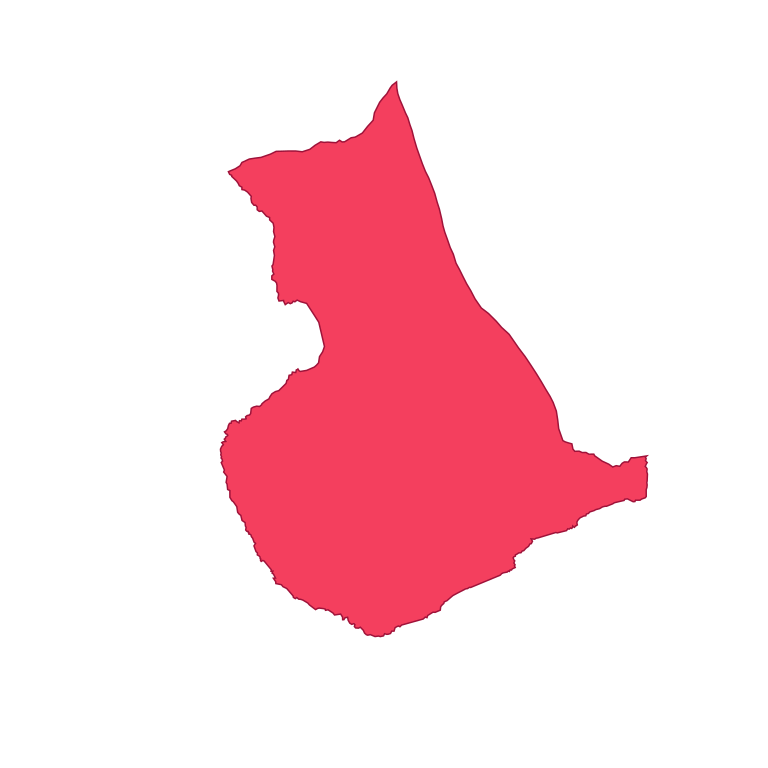 outline of Luba, Bioko Sur, Equatorial Guinea, rotated 317°
{"feature_id": "11065452B69220194361963", "entity_name": "Luba", "entity_type": "district", "adm_level": 2, "iso_a3": "GNQ", "parent_name": "Equatorial Guinea", "parent_adm1": "Bioko Sur", "projection": "mercator", "projection_center": [8.565, 3.411], "detail": "fine", "context": "isolated", "style": "filled", "palette": "rose", "viewbox_px": 768, "rotation_deg": 317, "n_neighbors": 0, "source": "geoboundaries", "source_scale": "gbopen_adm2", "svg_char_len": 5643}
<svg xmlns="http://www.w3.org/2000/svg" viewBox="0 0 768 768"><g transform="rotate(317 384 384)"><path d="M415.0,122.6L414.1,125.4L414.9,127.5L414.2,128.4L414.6,134.8L414.2,137.8L413.4,140.3L414.3,143.1L412.7,144.9L414.3,147.1L415.1,150.6L414.9,156.3L413.3,157.5L411.0,161.0L410.8,164.6L412.1,165.7L412.0,168.0L410.1,170.1L410.5,172.7L412.7,174.2L412.5,181.1L413.9,184.2L412.3,186.0L412.6,190.8L410.3,194.5L407.2,197.2L404.7,201.8L401.3,203.7L399.9,204.9L397.7,209.2L394.3,211.0L391.5,215.3L384.3,221.0L382.5,221.3L380.7,224.5L379.5,225.4L378.4,228.5L375.7,228.4L373.3,231.0L374.5,234.6L374.3,236.8L373.0,238.9L368.8,243.3L368.8,245.4L367.7,246.9L365.1,248.7L363.8,251.7L367.5,254.4L367.0,255.1L365.9,258.6L369.5,259.1L370.2,261.3L372.2,262.0L374.0,261.5L374.9,263.1L377.7,263.4L379.1,266.9L382.4,272.3L379.8,287.0L378.4,294.4L366.0,316.0L361.1,318.6L355.5,320.0L350.6,323.9L347.4,324.2L344.6,324.1L336.7,321.3L331.3,317.7L330.9,316.4L331.3,314.3L330.3,314.3L329.5,313.9L327.3,315.4L325.1,312.8L322.9,314.3L320.5,312.9L317.2,315.4L315.4,315.1L312.8,316.8L302.5,317.1L299.4,315.5L295.4,314.7L291.9,315.5L289.7,316.4L285.5,315.4L281.3,315.2L280.3,315.7L277.7,315.6L275.8,313.4L272.7,311.8L270.3,311.3L266.4,314.6L264.6,315.0L262.3,313.7L260.4,313.6L259.5,315.4L258.2,314.7L256.1,312.8L254.5,313.6L253.3,312.3L251.4,313.5L250.6,310.8L250.6,309.4L247.1,307.2L245.4,308.4L244.2,307.4L242.0,308.2L239.2,310.1L236.6,310.6L234.7,310.2L234.4,312.6L235.1,314.2L234.5,315.2L232.0,314.8L231.1,315.5L229.6,315.4L229.1,318.1L227.0,316.6L225.4,316.2L225.1,318.9L222.9,318.9L220.0,320.1L218.6,321.8L217.9,323.4L216.3,324.5L215.6,326.4L214.4,327.0L214.4,328.3L213.3,330.3L211.4,330.4L208.6,338.1L206.7,339.0L206.2,344.6L201.4,348.3L200.9,350.3L197.7,354.5L198.6,356.8L194.0,361.8L193.2,365.5L193.5,367.5L192.7,373.3L189.5,378.0L189.3,380.1L189.7,382.4L187.1,387.0L187.9,390.6L185.8,393.3L185.3,394.9L183.3,396.4L183.2,398.0L184.1,399.2L183.4,400.1L183.7,400.8L182.8,401.5L183.7,402.9L183.7,403.9L182.9,405.2L182.8,407.1L181.1,411.1L181.4,412.9L178.5,413.7L176.1,419.3L176.3,421.1L174.8,422.6L175.4,424.5L175.3,426.1L174.3,427.3L174.5,428.0L173.3,428.9L173.2,430.0L175.0,430.4L175.6,431.7L174.9,443.0L173.7,443.9L175.1,445.1L173.2,445.9L173.5,447.6L172.3,451.9L170.6,450.6L170.0,454.7L168.8,456.2L172.1,460.8L171.9,463.3L173.4,467.2L173.0,476.9L172.2,478.3L172.8,480.5L174.6,480.7L174.9,483.2L176.3,484.8L177.3,486.7L178.9,492.2L178.8,494.7L180.1,502.3L182.5,502.9L183.8,503.7L186.8,507.3L187.5,508.7L186.9,509.6L189.1,511.0L190.5,516.7L190.3,519.2L195.4,522.7L194.7,526.2L193.0,528.2L193.9,529.0L196.2,528.4L198.3,529.8L196.6,532.5L195.9,535.6L196.5,537.8L198.5,538.7L198.6,540.1L196.9,541.2L196.9,543.1L198.9,545.2L200.8,545.7L200.9,550.0L199.9,552.9L200.1,555.3L200.8,556.6L203.1,558.0L205.2,562.6L208.1,564.6L209.0,566.2L211.9,567.9L214.1,567.0L215.3,569.0L216.5,569.9L218.6,570.9L221.1,570.0L222.8,571.6L225.8,569.8L228.0,570.2L229.7,571.0L230.1,572.4L232.5,572.3L252.4,582.6L255.2,582.6L256.1,584.2L258.1,583.1L264.2,584.3L265.7,585.9L270.9,587.8L273.6,585.5L276.0,585.2L278.0,585.3L279.5,584.4L282.2,585.4L284.7,585.5L285.2,585.5L288.0,585.6L290.1,585.7L293.9,586.7L294.3,586.8L304.0,589.5L305.6,590.6L307.7,590.9L308.6,591.9L338.7,603.1L340.7,602.9L342.5,603.5L345.9,605.6L347.4,605.6L347.9,606.6L349.5,606.0L350.4,607.0L351.8,606.7L354.8,607.7L355.4,605.9L356.5,605.7L356.9,603.5L359.0,602.5L359.1,601.1L359.9,599.2L361.0,598.9L362.6,599.5L363.6,598.6L365.2,599.1L367.3,599.4L369.1,600.8L371.3,600.4L372.5,601.2L375.9,600.9L379.0,601.3L381.5,600.5L382.9,601.2L385.3,600.3L386.0,597.6L388.4,600.3L390.1,600.5L391.5,601.5L408.4,609.8L409.2,611.1L417.5,615.7L419.7,615.2L420.4,616.4L422.2,616.5L422.8,617.7L424.1,617.4L425.2,616.6L425.2,617.7L425.5,618.7L427.4,618.4L428.0,618.8L429.3,618.9L430.0,617.6L431.0,616.5L432.6,615.9L435.3,615.6L436.8,615.7L437.7,616.1L439.9,616.7L441.7,618.0L443.4,617.1L445.2,618.1L447.2,617.9L451.4,619.9L453.2,620.3L456.7,622.2L460.0,622.9L462.2,624.1L463.4,625.2L469.5,627.6L471.6,628.0L480.2,632.9L481.4,632.4L483.7,634.0L485.9,640.0L487.3,641.1L488.7,640.5L492.0,643.6L493.8,643.8L497.6,645.4L499.1,645.1L503.7,640.1L505.8,638.9L507.6,637.3L509.1,635.2L510.2,634.5L515.3,629.5L516.3,627.4L518.5,625.6L518.9,623.9L518.8,622.5L521.5,621.3L522.9,621.0L523.0,618.4L524.8,617.4L525.2,615.8L527.1,615.8L517.0,608.9L514.5,606.5L509.5,607.7L506.6,604.9L504.1,604.4L500.3,605.0L498.1,602.1L494.7,600.7L493.7,595.9L491.0,589.3L489.1,580.2L489.6,578.4L486.0,575.1L485.0,571.8L482.2,569.3L480.9,566.2L477.6,563.3L477.8,560.4L480.6,555.9L478.8,553.0L477.1,550.0L476.2,547.4L481.3,535.8L486.5,528.8L491.6,521.3L495.1,512.9L497.0,506.3L498.7,498.0L500.6,489.7L502.5,480.3L504.1,471.2L505.9,460.2L507.0,449.4L508.5,439.2L509.4,432.9L508.6,422.8L508.9,414.6L508.5,403.7L507.0,394.8L508.6,383.9L511.1,374.9L512.8,367.0L515.1,359.0L517.2,352.0L519.1,344.7L523.2,336.4L525.5,329.3L529.1,321.2L532.0,314.4L535.0,308.6L538.9,302.4L543.8,293.8L546.9,287.2L551.1,279.2L554.5,270.8L557.3,263.6L559.3,256.7L562.3,249.0L565.5,241.6L569.0,233.6L573.3,225.0L577.3,217.8L579.8,212.0L583.0,205.5L584.6,200.3L587.6,192.3L589.5,186.9L592.1,181.1L595.1,176.5L599.2,171.6L593.7,171.1L590.5,171.7L583.9,173.7L578.6,174.1L573.0,175.0L562.0,179.1L556.0,183.7L547.7,184.4L539.3,185.7L531.3,183.8L527.9,181.5L520.4,180.0L518.5,178.5L517.7,175.4L513.6,174.9L510.8,172.0L507.9,168.8L504.9,166.4L502.9,163.8L496.4,162.4L489.8,161.8L482.6,158.4L478.5,153.6L473.2,148.6L467.6,143.7L463.8,140.3L457.6,138.4L448.6,134.4L443.6,130.8L438.9,127.6L431.2,125.1L427.5,126.2L422.0,125.2L416.2,123.0L415.0,122.6Z" fill="#f43f5e" stroke="#9f1239" stroke-width="1.5"/></g></svg>